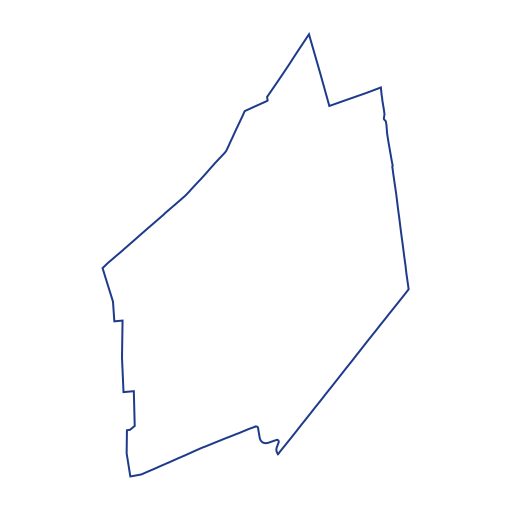 Valcani, Timis, Romania, rotated 271°
{"feature_id": "2599482B41795627389430", "entity_name": "Valcani", "entity_type": "district", "adm_level": 2, "iso_a3": "ROU", "parent_name": "Romania", "parent_adm1": "Timis", "projection": "natural_earth1", "projection_center": [20.407, 46.006], "detail": "fine", "context": "isolated", "style": "outline", "palette": "blue", "viewbox_px": 512, "rotation_deg": 271, "n_neighbors": 0, "source": "geoboundaries", "source_scale": "gbopen_adm2", "svg_char_len": 2197}
<svg xmlns="http://www.w3.org/2000/svg" viewBox="0 0 512 512"><g transform="rotate(271 256 256)"><path d="M478.6,305.1L471.1,300.3L463.6,295.5L456.0,290.7L448.4,286.0L440.0,280.6L427.9,272.7L419.3,267.0L415.2,264.3L411.8,264.9L411.5,264.8L411.0,263.9L410.5,262.9L405.1,251.4L402.2,245.4L400.8,242.4L400.3,242.0L396.0,240.2L387.6,236.4L380.5,233.2L378.5,232.3L373.6,230.2L370.8,228.9L365.4,226.6L360.6,224.4L359.5,223.6L358.9,223.2L352.0,216.9L347.5,212.8L347.2,212.6L346.7,212.2L342.9,208.9L338.6,205.3L333.5,200.9L327.7,195.6L321.7,190.2L319.3,188.2L315.2,184.4L314.2,183.3L310.4,179.1L302.2,169.9L297.2,164.3L295.8,163.0L290.7,157.3L289.7,156.2L283.2,148.9L275.8,140.7L269.2,133.5L262.0,125.5L259.9,123.2L259.7,123.1L254.2,116.8L246.7,108.3L241.2,102.8L231.7,105.9L207.9,113.8L188.2,115.5L189.1,123.7L151.9,123.8L117.6,125.9L118.7,136.2L84.0,137.7L80.1,133.2L79.5,130.0L56.4,130.1L51.4,131.0L33.4,134.2L33.7,136.0L35.6,145.2L38.9,152.4L41.9,159.1L45.1,165.9L48.8,174.1L52.2,181.3L55.8,189.3L60.0,198.1L63.8,206.4L64.1,207.4L66.4,212.8L68.8,218.4L71.1,223.8L73.4,229.2L75.6,234.7L77.9,240.1L78.6,242.1L80.1,245.4L82.9,251.8L85.3,258.2L85.6,258.3L85.5,259.8L85.0,260.6L84.4,261.0L82.6,261.3L73.6,263.0L71.5,264.0L70.0,265.5L69.2,267.2L69.0,269.2L69.3,271.1L72.4,279.6L72.6,280.5L72.1,281.4L71.3,281.9L70.4,282.0L64.7,280.0L62.8,279.7L60.9,280.0L59.8,280.5L58.1,281.4L58.2,281.6L59.9,282.7L67.0,288.2L74.2,293.8L81.5,299.4L88.7,304.8L93.4,308.5L94.1,309.0L99.2,312.9L105.7,317.8L113.7,324.0L119.3,328.2L125.0,332.6L131.3,337.4L137.1,341.8L142.9,346.2L147.6,349.8L152.9,353.9L158.8,358.3L164.7,362.8L172.0,368.3L178.0,372.9L183.8,377.4L189.4,381.6L194.9,385.9L200.6,390.2L209.0,396.7L214.2,400.7L219.8,405.0L225.4,409.2L233.0,408.0L241.0,406.7L249.3,405.6L256.9,404.4L264.4,403.3L271.2,402.3L279.0,401.1L287.1,399.9L295.7,398.7L303.4,397.5L311.2,396.4L320.4,395.1L330.1,393.5L338.7,392.1L347.9,390.7L348.6,391.1L353.8,390.0L373.0,386.3L380.5,385.0L389.5,384.1L392.2,383.6L393.0,383.4L394.8,381.7L395.6,381.4L399.9,382.0L404.6,381.3L413.8,379.6L416.5,379.3L419.1,378.8L426.7,377.9L421.0,363.6L412.9,341.7L407.3,326.7L438.2,317.5L478.6,305.1Z" fill="none" stroke="#1e3a8a" stroke-width="2"/></g></svg>